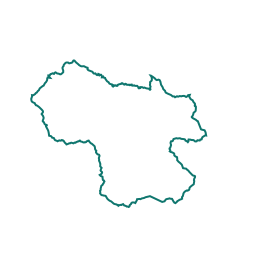 Nam Tra My, Quàng Nam, Vietnam (Natural Earth projection), rotated 326°
{"feature_id": "81297802B98842550999199", "entity_name": "Nam Tra My", "entity_type": "district", "adm_level": 2, "iso_a3": "VNM", "parent_name": "Vietnam", "parent_adm1": "Quàng Nam", "projection": "natural_earth1", "projection_center": [108.076, 15.133], "detail": "fine", "context": "isolated", "style": "outline", "palette": "teal", "viewbox_px": 256, "rotation_deg": 326, "n_neighbors": 0, "source": "geoboundaries", "source_scale": "gbopen_adm2", "svg_char_len": 5785}
<svg xmlns="http://www.w3.org/2000/svg" viewBox="0 0 256 256"><g transform="rotate(326 128 128)"><path d="M66.8,47.1L66.5,47.7L66.2,48.1L64.0,49.8L63.3,51.3L63.1,52.1L63.3,53.1L64.6,55.3L64.4,56.1L64.4,57.6L64.7,57.8L65.3,58.9L66.0,60.9L66.8,64.8L66.9,66.3L66.6,67.0L66.2,67.4L64.2,68.1L64.3,70.5L63.9,72.1L63.4,72.8L61.5,74.2L61.1,74.7L61.1,75.1L61.5,76.3L61.1,77.8L61.2,78.5L61.3,78.8L62.0,79.6L62.3,80.3L62.2,80.4L61.3,80.2L60.9,80.8L60.4,85.5L59.6,87.6L58.3,90.3L59.6,91.7L59.8,92.9L59.7,93.6L60.9,94.8L60.7,96.5L60.8,97.4L61.9,98.9L62.2,99.6L64.0,99.8L64.4,100.1L64.7,100.6L65.1,100.7L65.5,101.0L66.3,100.9L67.1,101.7L67.0,102.1L67.5,102.8L67.4,104.8L67.8,106.1L67.8,107.2L69.1,107.6L70.7,107.8L71.4,108.3L71.9,108.2L72.8,108.5L74.2,110.2L75.5,110.2L76.3,110.9L77.4,110.7L78.4,111.1L79.1,111.1L79.6,111.5L80.8,111.4L81.1,111.5L81.2,112.5L81.5,113.0L82.2,113.7L82.9,115.0L83.3,115.2L83.6,115.5L84.0,115.5L84.6,116.0L85.4,116.2L86.2,115.9L87.5,116.3L88.0,116.2L88.3,116.4L88.4,116.5L88.3,117.4L88.6,119.8L89.2,120.8L90.1,124.3L89.9,125.2L88.9,127.2L88.8,128.2L89.0,129.1L88.6,129.5L88.1,129.9L87.8,130.5L88.0,132.7L89.0,133.9L89.0,134.6L88.8,135.2L87.0,136.6L86.4,138.1L85.7,138.9L85.5,140.3L85.0,142.2L83.5,144.3L83.8,146.3L82.5,147.0L81.5,147.9L81.5,148.8L81.8,149.7L81.7,150.3L81.0,150.9L80.3,151.2L78.3,151.1L78.5,152.4L79.6,154.1L78.2,156.8L78.2,157.3L78.7,158.1L78.5,159.2L77.8,159.4L76.8,160.2L75.9,160.4L75.2,160.9L73.6,161.0L71.3,163.1L70.8,164.0L69.7,164.4L69.1,165.8L68.3,166.6L68.4,168.3L68.8,169.1L69.6,169.8L70.1,170.5L71.1,171.3L71.5,171.9L71.3,175.1L71.7,176.9L72.4,178.6L73.0,179.4L73.9,182.8L74.6,183.8L75.8,185.0L76.1,186.0L76.7,186.2L76.9,186.5L76.7,187.1L77.6,187.1L78.9,187.6L79.6,188.2L80.4,188.1L81.4,188.4L81.5,190.0L82.7,191.5L83.0,192.4L83.7,192.8L84.1,193.2L84.3,193.8L84.6,193.9L85.4,193.8L86.3,192.9L88.0,192.7L88.6,192.2L89.9,192.1L91.4,193.1L92.1,194.3L95.0,192.8L95.7,192.1L97.8,193.2L98.6,194.0L100.0,194.1L102.2,195.0L103.8,195.2L108.1,196.8L115.0,208.4L117.3,209.2L119.4,208.4L120.5,208.6L122.1,209.3L123.0,209.5L123.5,210.2L124.9,211.4L124.6,214.8L124.8,215.4L124.7,215.8L125.3,216.8L127.1,216.6L128.1,216.2L129.3,216.4L130.4,216.3L132.3,216.8L133.3,216.9L134.1,215.5L135.2,215.2L136.8,213.9L137.3,213.3L138.4,212.8L139.7,212.5L141.6,212.6L142.1,212.8L142.4,213.3L144.0,213.4L144.6,213.1L145.5,212.1L146.1,211.8L148.1,211.5L151.0,211.4L153.3,209.0L153.5,208.1L154.5,207.1L156.0,206.3L156.6,205.5L156.4,204.9L155.5,204.0L155.1,203.2L154.3,198.8L154.2,197.3L154.0,196.4L153.7,195.8L153.5,194.3L151.2,192.1L152.1,188.5L151.7,186.4L151.0,184.1L150.8,182.1L151.4,181.4L152.3,179.7L152.3,179.4L151.5,178.3L151.1,176.9L151.1,176.5L151.9,175.3L151.9,174.6L151.0,172.9L149.9,171.6L149.6,170.7L150.2,170.5L150.6,170.2L150.7,168.6L151.1,168.1L151.9,168.0L154.1,166.3L154.3,165.9L154.7,164.6L155.3,163.7L156.4,163.1L157.2,163.7L158.0,163.7L159.6,162.6L162.4,163.5L163.2,164.4L165.3,165.5L166.1,166.8L167.8,168.2L168.7,169.1L168.8,169.6L168.6,170.6L169.5,172.1L169.7,173.2L170.6,172.9L170.8,172.3L171.8,171.4L173.2,172.5L173.8,173.4L174.3,173.6L175.2,174.5L175.6,174.7L176.1,176.6L176.3,176.8L177.4,177.4L178.7,177.0L180.5,178.5L181.6,178.0L182.2,178.5L182.7,178.6L183.6,177.8L184.7,177.2L188.0,177.3L188.6,177.9L189.9,174.9L190.2,172.7L188.0,170.3L187.8,169.9L189.7,161.4L189.1,160.4L188.9,159.2L187.3,156.2L186.9,154.8L187.1,154.4L188.3,154.1L189.3,153.5L191.0,152.0L192.7,151.9L193.7,151.6L195.0,150.0L196.2,148.3L196.2,148.0L195.7,147.3L195.7,147.1L195.9,146.7L196.5,146.5L196.6,145.9L197.1,145.2L196.8,143.0L197.1,141.2L196.3,139.6L196.1,138.8L196.3,136.4L196.5,135.9L197.7,135.1L196.2,134.4L195.3,134.8L193.9,134.9L193.6,134.5L193.3,134.4L193.0,133.5L192.4,132.7L190.8,131.8L190.0,131.6L188.7,130.4L187.6,130.2L187.0,130.0L186.4,129.1L184.2,128.8L184.0,127.7L182.7,126.8L182.1,124.7L180.4,122.1L179.2,120.0L179.1,119.3L179.5,117.9L179.0,115.5L179.5,113.6L179.6,110.6L180.8,107.6L181.0,106.0L180.4,105.0L178.7,104.4L178.5,104.1L178.1,103.1L178.0,101.8L177.2,99.5L176.2,97.3L176.1,97.2L176.1,98.5L175.9,99.3L175.2,100.7L174.5,101.6L173.9,102.0L172.2,102.2L171.9,102.4L171.2,103.6L170.3,104.5L170.0,105.3L169.9,106.2L168.6,107.3L168.2,108.5L167.6,108.6L167.4,108.3L167.5,107.3L165.4,105.4L164.3,103.7L163.3,103.4L162.6,102.1L161.1,101.0L160.5,101.7L159.2,101.2L159.1,100.9L159.6,100.5L159.3,99.8L159.2,98.2L157.4,97.0L156.9,96.0L156.0,95.8L155.3,95.3L155.1,95.0L155.4,94.5L155.4,94.1L154.2,93.9L153.9,93.2L153.2,93.3L152.3,92.1L151.5,91.8L151.0,91.2L151.0,90.5L150.7,90.0L150.2,89.8L149.5,90.1L149.2,90.0L148.6,88.9L148.5,87.9L147.6,87.3L146.9,87.6L145.4,86.9L144.3,86.6L143.5,86.5L143.1,87.0L142.8,87.1L142.0,86.6L141.6,85.7L140.7,85.6L140.4,84.8L140.1,84.5L139.7,84.6L139.2,85.2L138.8,85.3L138.6,84.9L138.6,84.1L139.1,83.7L139.2,83.1L137.9,81.6L137.4,80.7L137.5,79.2L136.8,77.6L136.7,74.9L137.0,73.7L136.1,72.7L136.2,71.6L135.1,71.7L134.6,71.4L135.4,70.5L135.5,68.9L135.1,68.6L133.6,68.4L133.5,68.1L134.1,67.8L134.2,67.5L133.6,66.5L132.7,67.0L132.0,66.9L131.7,66.3L131.5,64.5L130.5,64.1L130.1,63.7L129.9,62.7L130.0,61.9L129.9,61.4L127.5,58.0L127.3,57.3L127.3,56.6L128.0,56.0L128.2,55.5L127.4,54.6L126.0,52.1L124.1,51.0L123.4,50.2L122.6,48.4L122.5,47.6L121.6,44.6L121.3,42.2L120.9,41.7L120.3,41.6L118.5,42.5L117.7,42.4L115.4,41.5L114.9,40.2L113.4,39.2L112.6,39.1L110.9,39.5L110.0,39.8L109.1,40.7L108.5,40.8L107.6,41.2L107.0,42.1L106.4,44.2L105.5,45.5L104.1,45.8L102.4,45.9L101.7,45.5L101.0,44.3L99.7,43.1L99.1,41.4L98.1,41.2L97.0,41.8L96.8,41.7L96.3,40.7L95.9,40.4L94.9,40.4L93.9,40.0L92.8,40.5L91.4,39.9L91.3,40.6L91.5,42.9L89.6,41.2L88.6,41.9L88.0,42.8L87.4,43.3L85.7,44.1L84.2,44.4L81.7,45.7L80.8,45.5L77.0,45.8L75.3,46.8L73.7,47.0L72.2,47.6L71.0,47.5L70.1,47.9L68.2,47.9L67.7,47.8L66.8,47.1Z" fill="none" stroke="#0f766e" stroke-width="2"/></g></svg>